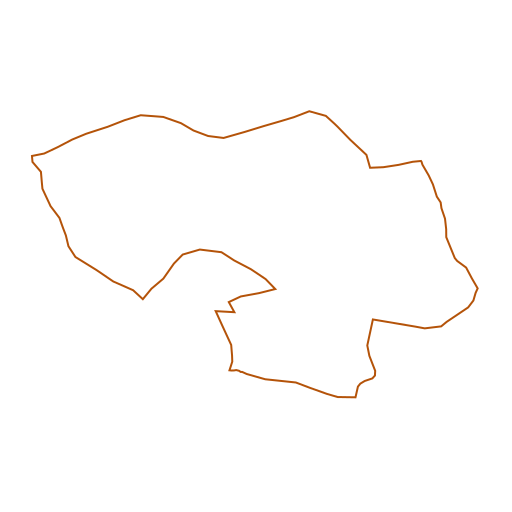 the district of Ika North East, Delta, Nigeria, rotated 268°
{"feature_id": "59680162B56433787774877", "entity_name": "Ika North East", "entity_type": "district", "adm_level": 2, "iso_a3": "NGA", "parent_name": "Nigeria", "parent_adm1": "Delta", "projection": "natural_earth1", "projection_center": [6.281, 6.235], "detail": "fine", "context": "isolated", "style": "outline", "palette": "amber", "viewbox_px": 512, "rotation_deg": 268, "n_neighbors": 0, "source": "geoboundaries", "source_scale": "gbopen_adm2", "svg_char_len": 1597}
<svg xmlns="http://www.w3.org/2000/svg" viewBox="0 0 512 512"><g transform="rotate(268 256 256)"><path d="M272.3,68.9L261.3,75.5L247.6,96.0L235.5,112.5L226.1,132.0L216.8,141.4L227.0,150.4L236.6,162.6L251.3,173.7L260.0,182.8L264.4,200.1L261.0,221.6L255.8,229.1L252.4,233.9L243.0,250.4L232.6,264.8L222.3,274.1L218.8,257.8L216.1,239.4L210.9,227.2L200.6,232.4L202.3,213.8L188.0,219.7L173.7,225.7L168.0,228.1L163.6,228.3L157.2,228.6L151.3,228.6L146.8,227.0L142.7,225.5L142.4,227.6L142.4,230.2L142.7,232.2L141.9,235.0L140.7,236.6L140.6,238.2L138.4,242.6L132.5,260.9L128.2,291.4L122.2,305.7L115.7,322.1L112.2,332.7L111.3,350.5L121.9,353.3L124.8,355.8L127.3,360.3L129.6,368.0L132.4,370.7L137.1,371.1L145.4,368.2L152.3,365.8L162.7,364.1L188.5,370.6L179.9,412.6L177.8,422.1L179.2,438.6L183.5,444.2L197.2,466.2L203.9,471.7L211.5,474.2L215.9,476.4L226.2,470.9L237.1,465.6L241.4,460.2L244.0,456.9L247.0,454.6L268.2,446.8L276.1,447.0L286.7,446.2L297.3,443.0L303.1,442.4L309.0,438.8L321.4,435.3L330.5,431.4L341.5,425.5L344.2,424.8L345.2,424.2L344.7,416.0L342.1,401.7L340.3,386.4L340.2,373.1L353.2,369.9L356.5,366.6L364.6,358.5L368.7,354.4L382.4,342.0L385.4,339.1L393.6,330.7L398.8,314.3L393.5,299.0L390.0,285.8L385.6,268.4L380.4,249.1L375.1,227.7L377.6,212.3L383.6,197.9L391.4,185.6L398.2,168.2L399.0,161.2L400.7,145.7L396.3,129.4L390.2,112.0L390.0,111.2L384.1,90.6L378.8,76.4L371.7,61.6L365.8,47.9L363.8,35.6L357.8,35.9L347.6,44.0L337.5,44.5L330.7,44.9L324.8,47.4L315.9,51.2L313.0,52.4L309.2,55.1L300.9,60.9L294.5,62.9L290.5,64.2L283.2,66.7L272.3,68.9Z" fill="none" stroke="#b45309" stroke-width="2"/></g></svg>